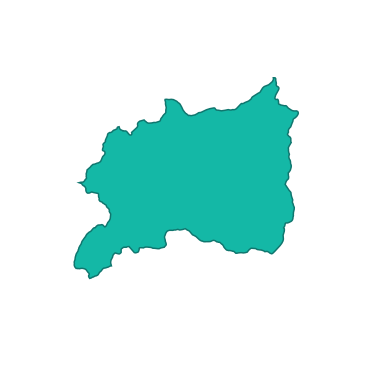 Coto Brus, Puntarenas, Costa Rica (Equal Earth projection), rotated 49°
{"feature_id": "36466004B67962139153797", "entity_name": "Coto Brus", "entity_type": "district", "adm_level": 2, "iso_a3": "CRI", "parent_name": "Costa Rica", "parent_adm1": "Puntarenas", "projection": "equal_earth", "projection_center": [-82.934, 8.894], "detail": "fine", "context": "isolated", "style": "filled", "palette": "teal", "viewbox_px": 384, "rotation_deg": 49, "n_neighbors": 0, "source": "geoboundaries", "source_scale": "gbopen_adm2", "svg_char_len": 6035}
<svg xmlns="http://www.w3.org/2000/svg" viewBox="0 0 384 384"><g transform="rotate(49 192 192)"><path d="M110.9,271.1L113.1,269.8L114.8,270.0L116.2,269.8L116.9,269.4L118.0,269.4L119.8,269.8L120.8,270.8L122.3,271.6L123.4,271.8L124.2,271.5L124.5,271.4L125.5,270.0L126.2,267.6L127.6,266.8L131.5,263.8L132.2,263.9L134.4,265.7L136.0,266.2L136.9,267.3L137.8,267.5L138.8,267.5L140.3,266.6L142.2,266.5L143.0,266.1L144.2,265.9L145.2,265.5L145.9,265.5L147.0,266.1L148.4,266.1L149.7,265.8L151.5,266.2L152.0,266.9L152.6,267.3L155.3,267.8L158.5,271.2L159.4,273.3L159.8,275.6L161.2,278.8L161.3,280.2L160.9,280.8L158.6,280.9L157.5,281.4L156.8,282.7L155.4,284.5L155.2,285.1L155.1,286.8L155.4,287.9L155.4,288.7L155.0,289.0L154.7,289.8L154.7,290.6L155.2,293.7L155.2,294.4L154.8,296.3L154.9,299.3L155.9,302.1L156.0,302.9L157.1,307.4L158.6,310.0L159.1,312.0L160.0,314.1L160.6,314.8L161.1,315.9L161.7,316.6L162.8,320.0L164.6,322.8L166.3,324.7L167.3,326.5L168.0,327.2L168.8,327.7L169.5,328.5L169.9,328.8L170.5,329.2L171.9,329.6L173.7,329.6L174.2,328.9L174.7,328.7L175.0,328.1L175.9,327.5L177.0,325.6L177.7,324.8L179.4,323.5L181.0,322.9L184.6,323.2L186.1,323.1L186.8,323.6L187.1,324.6L187.6,325.2L188.7,325.7L190.1,325.9L190.8,324.3L191.0,322.8L191.4,322.3L191.8,320.4L192.5,319.1L192.8,317.8L192.8,317.0L192.0,314.6L192.0,312.1L191.5,310.3L191.5,308.8L192.7,306.8L193.1,305.7L193.6,304.8L194.2,302.3L194.9,301.3L192.3,300.0L191.3,299.1L190.3,297.8L189.0,294.6L188.1,293.5L187.7,292.4L187.5,290.7L187.6,290.0L190.0,288.4L190.9,287.7L191.2,287.1L191.2,285.5L191.1,285.1L189.0,283.3L188.6,282.6L188.8,279.9L190.6,277.8L190.9,276.6L191.9,275.3L199.9,275.3L201.0,274.4L201.9,272.3L201.9,271.6L200.8,269.7L199.9,268.8L199.8,268.2L200.0,267.8L200.6,267.0L202.4,265.2L202.6,264.2L203.2,263.0L204.3,261.8L207.1,259.2L208.8,258.4L210.0,257.1L212.6,254.8L213.4,253.7L213.6,252.6L215.5,249.1L215.3,248.6L215.2,247.0L215.0,246.3L214.5,245.7L213.4,245.1L211.5,244.4L211.0,243.9L209.8,243.3L208.6,242.8L207.4,241.7L206.9,240.5L205.9,238.9L205.4,237.2L205.3,236.0L206.2,234.0L208.4,231.6L208.9,230.4L209.7,229.6L210.9,227.2L212.6,226.2L212.8,225.9L214.2,223.6L215.3,221.1L217.1,220.7L219.7,219.6L224.7,219.7L225.6,219.2L228.2,218.2L233.1,217.7L235.2,217.0L235.6,216.5L237.1,215.8L237.7,215.2L240.8,211.5L241.5,210.5L242.1,208.4L242.7,207.3L244.1,206.4L245.7,206.1L246.0,205.7L247.0,205.2L248.3,204.0L250.8,203.8L251.3,203.5L253.0,203.6L254.8,204.1L257.5,204.1L258.6,203.9L260.3,202.7L260.7,202.1L262.1,200.9L263.3,200.2L264.2,199.4L267.0,199.1L268.0,197.7L268.4,196.9L269.7,195.1L270.5,194.2L271.6,193.3L272.8,191.5L273.6,189.8L273.6,189.4L273.3,188.4L273.1,187.3L273.1,185.1L273.2,184.3L276.4,181.1L278.2,180.5L280.3,178.7L281.3,177.7L282.2,177.3L282.5,177.0L283.4,176.5L284.8,176.2L286.1,174.3L287.5,173.6L289.5,173.2L290.9,172.4L291.2,171.6L291.2,169.7L291.0,169.0L291.1,168.6L290.2,160.7L289.6,157.9L288.6,155.4L287.5,153.9L284.4,151.6L282.3,148.3L281.2,147.1L280.2,146.4L279.2,146.4L278.5,144.4L277.0,142.3L277.0,141.3L277.9,140.4L278.5,139.1L279.2,136.4L279.2,135.5L278.9,134.3L278.0,133.0L277.5,132.6L276.4,131.0L275.3,130.2L274.4,129.2L274.0,128.9L272.0,126.1L270.7,124.9L268.8,124.3L267.3,123.5L266.0,123.2L265.1,122.5L264.1,121.2L260.5,119.7L258.7,118.7L257.5,117.8L256.8,117.6L254.3,117.6L247.4,116.7L245.9,114.2L245.4,112.5L245.3,110.6L245.1,110.3L244.0,109.1L243.0,108.6L240.7,106.8L240.6,105.4L240.0,103.4L238.5,101.1L237.5,100.0L236.5,99.4L235.5,99.1L233.3,97.5L232.0,97.0L230.9,96.9L229.3,96.1L228.4,95.3L227.4,93.7L225.9,93.2L224.2,92.2L223.0,91.1L221.9,90.4L221.2,89.0L219.7,84.6L218.9,84.4L216.4,82.3L215.4,82.0L214.6,82.0L213.9,82.3L211.6,82.3L211.0,82.0L210.6,81.2L210.2,80.0L208.8,79.0L208.1,77.9L207.7,76.2L207.6,74.8L205.2,70.4L205.1,69.9L203.5,67.9L203.5,66.4L203.7,65.6L203.7,64.7L203.5,62.7L202.9,61.0L202.2,60.0L201.3,59.5L200.4,59.4L199.3,60.0L197.6,62.0L196.0,63.1L191.9,64.3L189.0,64.3L188.4,64.6L187.6,65.6L184.2,68.2L183.6,68.2L182.7,68.8L182.1,68.7L180.7,67.5L179.1,66.6L178.2,66.6L177.1,68.1L175.9,68.1L175.5,68.0L173.7,65.2L171.5,59.3L170.7,58.3L170.1,58.0L169.1,58.0L168.0,58.5L166.9,58.4L166.0,57.9L165.3,57.0L162.4,55.4L161.7,54.6L160.9,54.4L160.3,54.4L159.1,55.7L160.0,56.3L160.6,57.0L161.3,58.6L161.4,59.4L161.4,63.7L159.8,68.3L159.8,70.0L159.9,70.7L161.3,75.2L161.3,75.8L160.9,77.0L159.9,83.7L159.9,84.6L160.6,86.5L160.5,89.6L159.2,93.3L159.0,94.6L158.5,95.9L157.8,96.4L157.6,97.4L158.2,103.6L158.1,105.0L157.9,105.5L157.4,106.4L156.6,107.1L155.9,108.5L155.2,109.4L153.6,110.6L152.1,113.3L150.0,116.6L148.0,118.1L146.3,119.7L145.7,119.9L143.5,119.8L142.8,120.5L140.9,123.7L139.4,127.2L137.8,133.0L136.6,134.8L136.4,135.6L136.4,136.5L136.0,137.9L135.9,138.9L133.8,142.7L132.7,143.4L132.1,144.4L129.2,144.9L128.6,145.2L126.9,145.2L124.3,145.0L121.3,144.1L118.0,143.4L116.9,143.4L115.5,143.8L113.5,144.0L110.1,145.4L108.5,146.8L107.1,148.8L105.1,150.6L104.5,151.6L105.0,152.2L106.7,152.9L108.2,154.3L111.5,156.1L112.9,157.9L114.8,159.6L115.1,160.6L115.2,162.7L115.5,164.2L115.9,165.4L116.1,166.8L116.4,167.7L117.3,169.0L117.4,170.0L115.7,173.9L114.5,175.1L113.6,176.9L111.6,179.6L110.0,180.5L109.2,180.5L108.1,180.8L106.2,180.9L104.2,185.1L104.2,186.9L104.5,187.9L105.0,188.6L106.3,189.4L106.9,190.3L107.2,191.1L107.4,198.5L108.1,198.8L108.7,199.3L109.0,200.0L108.9,200.9L107.7,201.7L103.3,201.6L102.3,202.1L101.6,202.9L101.4,203.4L100.7,203.6L100.3,204.2L99.3,204.4L98.1,205.1L96.7,205.0L94.9,204.2L94.2,205.6L94.3,206.1L95.0,206.9L95.1,207.2L94.1,210.7L93.9,210.8L94.1,213.5L93.6,214.6L93.1,215.1L92.8,216.9L93.1,217.8L94.1,219.1L95.9,223.0L96.2,223.5L97.2,224.3L97.4,227.1L97.7,228.0L99.6,229.1L100.9,231.3L101.7,232.1L102.4,232.1L103.5,231.5L104.7,231.5L105.8,232.3L106.5,233.6L106.6,235.2L106.8,236.4L108.6,240.0L109.0,241.1L108.7,243.4L108.0,244.6L107.2,247.0L106.2,248.7L106.2,251.0L106.5,252.4L106.5,256.3L106.5,256.7L107.7,258.1L108.9,260.0L110.1,260.8L110.9,261.7L112.2,262.4L112.5,262.8L112.6,264.6L113.0,265.5L113.2,267.1L112.7,268.3L111.8,269.3L110.9,271.1Z" fill="#14b8a6" stroke="#0f766e" stroke-width="1.5"/></g></svg>